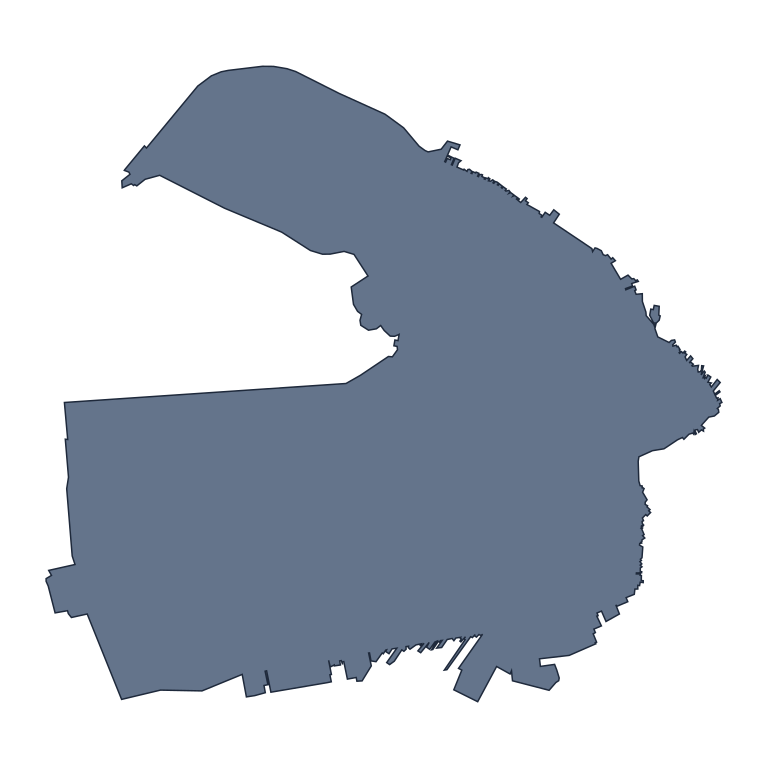 the district of Sector 6, Bucharest, Romania
{"feature_id": "2599482B66456356420035", "entity_name": "Sector 6", "entity_type": "district", "adm_level": 2, "iso_a3": "ROU", "parent_name": "Romania", "parent_adm1": "Bucharest", "projection": "orthographic", "projection_center": [26.035, 44.443], "detail": "fine", "context": "isolated", "style": "filled", "palette": "slate", "viewbox_px": 768, "rotation_deg": 0, "n_neighbors": 0, "source": "geoboundaries", "source_scale": "gbopen_adm2", "svg_char_len": 6106}
<svg xmlns="http://www.w3.org/2000/svg" viewBox="0 0 768 768"><path d="M121.6,699.4L160.5,690.1L202.0,690.9L242.2,674.4L246.4,696.9L254.8,695.6L265.3,692.7L264.0,685.5L267.9,684.7L265.1,671.2L266.6,670.8L270.9,692.2L327.5,682.6L331.3,681.8L329.9,674.8L331.4,674.5L328.6,660.3L330.3,667.0L334.3,664.9L334.4,665.9L340.4,665.0L339.7,660.9L341.3,660.6L342.6,664.5L342.1,662.0L343.8,661.6L347.4,679.1L356.2,677.5L356.9,681.2L362.1,680.9L371.3,665.9L368.6,653.0L369.5,652.9L371.0,660.9L376.0,661.7L382.2,653.0L383.3,653.8L385.8,650.0L386.6,649.8L385.7,651.5L389.0,653.7L392.1,648.9L396.8,648.2L386.7,662.6L389.6,664.6L394.3,661.2L401.8,649.9L403.9,651.3L406.1,649.2L406.0,646.6L408.6,646.2L408.3,647.6L410.0,649.2L416.0,644.9L421.2,643.8L420.2,645.4L420.7,645.8L424.1,643.3L417.9,650.9L420.7,652.7L429.2,642.4L426.6,647.2L429.7,649.3L434.9,642.0L436.6,641.3L431.6,649.8L432.8,649.5L438.3,641.4L439.3,642.1L440.4,640.6L442.2,640.4L436.7,648.1L441.7,647.5L447.2,639.5L452.1,638.5L453.9,640.7L455.9,638.0L460.7,637.3L460.2,638.1L461.3,639.0L459.9,641.1L460.9,641.9L465.5,636.7L463.9,638.9L465.1,639.7L444.3,670.1L446.9,669.7L470.7,636.7L472.4,637.6L475.2,634.5L474.4,635.8L476.5,637.1L479.5,634.0L478.9,634.7L481.1,635.4L482.6,634.2L458.5,668.4L461.8,670.1L453.8,689.8L477.7,701.7L496.6,666.5L510.1,674.0L511.5,670.8L512.5,680.8L549.1,690.3L555.9,682.5L558.7,680.7L559.2,678.0L556.8,670.1L554.6,664.4L540.4,666.4L539.5,658.8L569.2,655.4L595.8,643.8L595.2,642.8L596.6,642.2L593.2,633.8L595.4,632.6L593.9,629.1L601.4,625.9L596.8,616.1L598.1,615.7L597.0,613.0L601.5,611.1L606.0,621.5L619.4,614.0L615.8,604.8L616.9,606.3L627.8,601.7L626.1,597.6L634.3,594.3L634.9,589.1L637.8,589.0L637.8,585.3L639.6,585.6L640.2,582.2L643.2,582.6L643.2,580.7L641.3,580.5L641.4,575.5L640.1,575.3L640.3,573.9L636.3,573.9L636.4,572.9L641.6,572.8L641.7,571.7L640.3,571.5L640.3,568.0L642.0,566.8L640.2,565.1L641.8,563.9L639.9,561.6L641.4,560.5L640.4,559.2L642.0,557.8L642.8,547.0L639.5,545.1L639.7,543.5L641.5,543.1L640.9,542.3L641.9,541.8L642.0,539.9L644.8,538.0L642.6,535.6L644.1,534.6L641.8,529.1L642.4,528.3L641.2,528.2L642.8,526.2L641.4,526.7L641.5,525.8L643.3,524.8L642.3,523.3L642.1,521.5L643.5,520.7L642.4,518.0L645.8,514.6L647.2,516.0L650.6,512.5L648.7,510.8L650.0,509.6L647.0,506.9L647.6,505.8L645.2,504.4L645.2,502.2L647.1,499.8L642.6,492.2L644.1,488.6L642.4,487.4L642.1,488.5L642.2,486.0L640.1,485.6L638.8,481.0L638.2,461.3L638.9,456.8L652.4,450.7L664.0,448.8L677.5,439.8L682.4,437.5L683.9,439.3L689.0,434.2L692.7,433.1L693.7,434.2L694.1,431.2L695.4,434.4L696.4,433.8L694.8,430.3L695.8,429.8L697.5,429.6L698.7,432.3L701.4,429.9L703.5,431.1L703.3,429.1L704.7,428.1L701.4,425.5L702.1,424.5L708.8,417.1L714.4,416.0L718.8,412.3L718.4,409.5L717.3,408.5L720.2,405.9L719.6,403.6L721.9,402.5L720.2,398.7L717.6,400.3L718.0,397.8L716.6,398.1L715.3,395.4L720.0,391.9L719.2,390.7L714.7,394.1L713.3,391.0L720.2,382.5L717.2,379.5L711.3,387.0L709.8,384.5L711.3,383.0L707.9,382.2L710.8,377.0L707.9,375.0L706.3,378.1L705.3,377.2L704.6,378.6L704.0,378.0L705.0,376.0L703.3,377.1L705.2,372.2L704.2,371.0L701.1,374.9L703.6,365.9L701.7,365.7L701.4,370.0L700.2,371.7L698.2,372.0L697.7,369.4L698.5,365.4L692.5,366.2L691.9,365.7L693.3,364.2L690.8,362.2L689.2,362.9L692.9,358.7L690.6,355.9L686.7,360.4L685.1,356.9L686.8,354.4L684.7,353.1L685.7,351.9L684.7,351.1L682.9,353.0L681.5,351.6L679.6,353.3L679.1,352.7L680.4,351.5L679.4,350.0L680.0,349.5L678.0,346.3L677.1,346.8L676.3,345.2L672.9,346.1L672.7,344.8L675.4,342.1L674.6,339.9L671.4,340.4L669.1,342.5L657.8,336.9L654.9,328.5L656.2,323.1L659.2,320.2L660.2,315.9L658.8,315.1L659.2,306.3L654.2,305.4L653.3,309.6L650.8,309.1L649.7,315.3L653.6,322.9L655.3,323.0L654.6,326.6L653.8,324.4L646.2,315.7L645.9,312.0L642.4,301.5L642.3,293.7L636.1,294.3L634.7,290.7L636.1,289.9L634.7,286.2L625.8,289.8L625.5,288.6L632.5,286.0L631.7,283.5L638.3,281.4L637.3,279.9L635.7,280.7L633.8,278.6L631.8,278.9L628.0,275.1L620.6,279.3L611.1,263.3L615.4,260.7L612.7,257.7L611.1,259.1L607.6,254.7L605.5,255.6L603.2,254.7L601.3,250.7L597.0,248.4L595.0,247.9L592.6,251.6L591.9,248.6L553.6,222.9L559.3,214.2L553.8,209.8L549.7,215.3L545.2,212.3L541.8,217.3L541.1,216.9L542.1,215.4L539.2,213.5L539.5,211.5L526.9,204.5L528.3,202.7L525.5,200.8L527.1,198.6L525.5,197.3L520.7,202.5L518.2,200.5L519.3,199.0L518.2,198.2L517.2,199.6L516.5,199.1L517.6,197.7L514.5,195.5L512.9,196.2L513.8,194.9L510.7,192.6L509.0,193.3L510.1,191.9L508.9,190.4L505.9,191.1L505.2,190.5L506.3,189.0L503.2,186.8L502.1,188.2L501.4,187.6L502.4,186.2L499.3,183.8L498.2,185.3L497.4,184.8L498.6,183.2L497.1,182.1L495.2,181.5L493.8,183.3L493.0,182.8L494.2,181.0L492.7,179.8L490.5,181.2L488.5,180.8L489.9,178.9L488.4,177.7L488.0,178.7L485.8,177.9L485.1,179.3L484.2,178.9L484.7,177.8L481.9,176.5L482.5,174.9L481.8,174.5L479.3,174.6L478.5,176.6L477.6,176.2L478.9,173.3L476.1,172.1L475.6,172.9L472.8,171.7L472.0,173.6L471.1,173.3L471.9,171.4L469.5,169.3L467.9,169.5L467.0,171.4L464.1,169.2L463.7,170.0L457.0,167.1L458.5,162.8L461.0,160.7L455.2,158.2L452.3,165.1L451.4,164.7L454.1,158.3L448.6,155.6L448.2,156.6L451.0,157.8L450.3,159.7L447.2,158.5L445.6,162.1L444.7,161.6L451.1,146.9L457.9,149.8L460.0,144.9L447.5,141.1L441.2,149.2L428.1,151.9L425.0,150.5L419.1,146.2L403.7,127.9L385.0,114.2L339.1,93.4L295.6,71.5L287.0,68.7L273.5,66.4L262.4,66.3L228.2,70.4L221.2,71.8L211.4,75.8L197.8,86.0L146.5,148.0L144.4,145.9L124.8,169.6L124.3,170.4L128.9,172.1L130.0,174.3L121.8,180.8L122.2,187.8L131.3,183.8L133.6,185.5L134.7,184.6L136.8,185.9L145.1,179.3L159.7,175.3L224.5,208.2L281.6,232.1L310.4,250.5L322.5,254.2L330.2,254.1L344.1,251.4L354.0,254.4L368.0,276.0L351.2,287.0L353.5,304.4L357.6,311.4L361.6,314.4L360.0,320.3L360.8,325.3L368.5,330.2L376.4,328.8L380.7,325.5L384.2,330.5L390.2,336.1L394.6,336.3L399.1,334.4L398.0,340.6L394.9,340.0L393.9,345.8L397.1,346.4L397.5,349.7L392.4,356.8L388.4,356.5L360.4,375.3L346.0,383.5L64.4,402.5L67.7,439.5L65.3,439.2L68.5,477.2L66.7,488.7L72.2,556.0L75.0,564.5L48.7,570.4L51.5,575.4L46.1,578.6L46.1,581.3L48.2,586.0L55.1,612.9L67.5,610.7L68.3,613.6L71.4,617.5L87.2,614.0L121.6,699.4Z" fill="#64748b" stroke="#1e293b" stroke-width="1.5"/></svg>